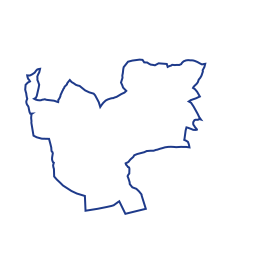 outline of Isu, Imo, Nigeria, rotated 253°
{"feature_id": "59680162B73807077480910", "entity_name": "Isu", "entity_type": "district", "adm_level": 2, "iso_a3": "NGA", "parent_name": "Nigeria", "parent_adm1": "Imo", "projection": "albers", "projection_center": [7.061, 5.682], "detail": "fine", "context": "isolated", "style": "outline", "palette": "blue", "viewbox_px": 256, "rotation_deg": 253, "n_neighbors": 0, "source": "geoboundaries", "source_scale": "gbopen_adm2", "svg_char_len": 3538}
<svg xmlns="http://www.w3.org/2000/svg" viewBox="0 0 256 256"><g transform="rotate(253 128 128)"><path d="M207.8,47.0L206.1,46.8L204.2,46.9L202.7,47.6L201.2,47.9L200.7,45.4L199.2,42.7L194.7,40.9L192.6,40.8L191.0,40.8L189.2,40.5L188.4,40.4L186.8,40.2L185.4,40.2L184.1,39.1L182.9,38.4L181.7,38.2L180.5,38.2L179.4,38.4L178.4,38.8L177.2,39.0L174.4,38.7L172.1,38.5L170.2,38.8L169.8,40.5L169.6,39.8L167.7,39.0L165.9,38.3L162.8,37.7L161.2,37.1L148.3,35.4L145.8,38.0L143.0,42.4L140.7,49.3L135.3,49.1L131.8,48.9L129.2,48.3L127.9,48.2L127.1,48.7L125.8,48.7L122.2,46.9L120.3,46.2L118.9,46.1L117.2,46.3L116.5,46.9L114.3,45.5L112.5,45.2L110.5,45.2L103.2,43.2L99.6,44.8L95.4,47.2L92.0,49.0L84.3,55.5L80.3,59.9L75.6,66.9L61.3,63.2L59.6,75.4L58.7,84.3L58.3,89.3L58.3,91.7L60.0,96.6L60.5,98.2L46.7,100.4L46.3,107.6L46.0,113.1L45.5,121.4L59.5,121.3L60.5,121.5L64.2,120.0L67.4,118.2L70.0,114.8L73.8,113.3L75.8,113.7L79.3,113.7L81.9,113.5L82.3,113.7L83.2,114.6L84.1,115.9L88.5,117.4L89.7,117.5L90.4,117.2L90.6,116.6L91.5,116.3L92.1,116.1L92.8,115.8L93.5,115.4L94.1,115.4L94.9,115.4L95.1,116.2L95.1,117.1L95.3,118.0L95.6,118.8L96.5,120.0L97.3,121.3L98.8,124.6L100.1,126.0L100.4,129.2L100.3,132.0L100.2,134.2L100.1,136.4L100.5,139.2L100.2,140.4L99.6,143.2L98.8,145.8L98.8,147.0L98.9,148.1L98.7,149.7L98.8,152.5L98.7,155.1L98.7,156.1L98.7,157.2L98.7,157.7L98.5,159.0L98.2,160.9L97.5,163.5L96.5,166.3L95.6,168.4L94.5,173.0L92.8,178.3L91.5,181.1L93.2,181.3L94.7,181.4L96.5,181.3L97.3,181.2L99.0,179.7L100.2,178.3L101.2,178.9L105.3,180.8L108.8,182.4L111.5,184.1L110.7,185.4L108.8,187.9L107.2,189.8L106.4,192.0L106.2,193.3L106.5,193.5L108.0,192.9L109.3,192.3L110.6,192.0L111.6,191.6L112.7,191.5L114.5,192.1L116.1,193.9L116.1,195.3L115.7,196.3L115.4,197.3L115.7,198.1L115.4,199.3L114.8,200.2L117.5,199.3L121.4,198.7L129.3,197.0L133.7,195.7L135.6,193.9L135.9,195.0L136.3,196.0L136.3,196.8L136.4,198.4L136.5,201.5L136.7,203.0L136.9,204.2L137.1,205.9L142.4,204.7L145.7,203.3L147.3,201.9L148.2,202.8L148.9,204.0L150.2,206.6L151.3,208.1L153.6,209.8L154.9,211.8L156.6,213.6L160.1,216.1L161.4,216.3L164.0,218.9L166.8,220.6L167.1,218.4L167.2,217.3L168.8,215.6L170.8,213.7L172.7,211.4L173.7,209.8L174.6,207.1L175.3,205.5L175.7,203.2L175.5,200.7L174.6,198.8L173.5,197.5L173.3,195.4L174.1,192.9L174.5,191.1L175.5,188.7L175.1,187.5L175.1,185.7L174.8,183.8L177.9,183.8L179.7,179.2L180.9,176.2L180.1,172.1L181.1,170.2L182.0,168.2L183.3,166.9L185.0,165.5L186.0,162.7L188.9,161.8L190.0,159.1L191.2,151.9L191.4,147.4L188.5,143.2L187.5,141.7L185.7,140.7L182.0,139.1L179.8,137.9L177.6,137.4L173.5,134.6L170.7,135.0L168.1,135.1L164.0,137.2L162.9,135.0L162.4,131.5L161.1,126.2L161.1,124.1L160.9,122.6L161.2,121.4L161.3,119.8L161.2,116.9L160.8,114.7L159.3,111.7L157.9,109.7L156.2,107.6L158.3,107.6L161.2,107.6L164.4,107.0L168.9,106.1L170.9,105.2L173.4,101.4L176.5,98.0L182.4,94.0L183.3,92.4L184.5,90.8L186.7,89.1L188.4,87.5L190.9,86.4L189.6,84.4L188.4,82.8L187.5,82.3L186.0,79.4L184.9,78.6L184.3,77.7L183.1,76.7L182.4,75.9L181.2,74.9L180.2,74.0L179.3,73.2L178.1,72.6L177.4,72.0L176.8,71.5L176.4,71.0L175.9,70.5L175.4,69.7L174.1,69.2L173.2,68.8L173.7,68.0L174.3,67.2L174.9,66.4L175.4,65.7L175.7,65.3L178.5,58.9L179.0,57.9L179.8,56.9L179.9,55.7L180.1,54.3L180.0,52.9L180.3,51.6L181.1,49.7L182.1,48.1L183.4,46.8L183.8,48.7L185.3,50.1L192.4,54.2L195.3,55.7L198.4,55.6L200.5,55.4L201.9,55.9L203.7,56.3L205.5,57.7L207.2,59.4L210.3,61.2L210.5,59.7L210.5,58.4L209.9,57.2L209.2,56.2L208.3,55.1L207.8,53.7L207.2,51.5L206.9,49.4L207.8,47.0Z" fill="none" stroke="#1e3a8a" stroke-width="2"/></g></svg>